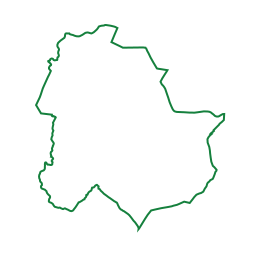 Kota Payakumbuh, Sumatera Barat, Indonesia, rotated 280°
{"feature_id": "22746128B75816793285642", "entity_name": "Kota Payakumbuh", "entity_type": "district", "adm_level": 2, "iso_a3": "IDN", "parent_name": "Indonesia", "parent_adm1": "Sumatera Barat", "projection": "robinson", "projection_center": [100.624, -0.229], "detail": "fine", "context": "isolated", "style": "outline", "palette": "green", "viewbox_px": 256, "rotation_deg": 280, "n_neighbors": 0, "source": "geoboundaries", "source_scale": "gbopen_adm2", "svg_char_len": 5508}
<svg xmlns="http://www.w3.org/2000/svg" viewBox="0 0 256 256"><g transform="rotate(280 128 128)"><path d="M170.8,42.1L166.9,41.1L164.4,40.3L155.0,37.9L152.1,37.2L145.7,36.3L142.9,35.8L134.6,33.5L127.3,39.8L127.4,41.9L127.8,48.7L127.9,50.7L127.1,50.7L126.8,50.9L126.5,51.3L126.4,51.9L126.7,52.1L126.8,52.4L126.8,52.8L126.5,53.3L126.3,53.6L126.4,54.1L126.3,54.6L125.8,55.0L120.1,53.2L118.8,53.8L117.9,53.8L116.3,53.7L115.2,53.7L114.6,53.7L113.5,54.1L113.2,54.3L112.6,54.9L112.2,54.9L109.7,54.4L108.5,54.7L107.7,55.0L105.6,54.5L103.6,54.4L102.4,55.4L100.6,57.2L99.8,57.6L98.6,57.5L98.3,57.4L98.0,57.3L97.6,57.1L97.3,57.1L96.6,57.2L96.0,56.9L95.4,56.8L94.4,56.7L94.1,56.8L92.8,57.4L92.7,57.4L91.6,56.9L91.4,56.6L91.1,56.5L90.9,56.3L90.2,56.2L89.7,56.2L88.8,56.5L88.6,56.7L87.9,56.8L87.4,57.2L87.2,57.2L87.3,57.3L87.0,57.5L86.4,57.8L86.1,58.1L85.4,59.2L85.0,59.5L84.6,59.6L84.3,59.4L84.0,59.3L83.4,59.0L83.1,58.7L82.8,58.6L82.4,58.6L81.8,58.8L81.5,59.4L81.3,59.6L80.7,59.7L80.3,59.6L79.7,59.6L79.1,59.7L78.7,59.5L78.4,59.1L78.2,58.7L78.1,57.9L78.2,57.2L78.1,56.7L78.1,56.4L78.2,56.0L78.0,55.2L78.3,54.7L78.6,54.4L79.0,54.0L79.4,53.8L79.7,53.5L79.8,53.1L79.8,52.8L79.7,52.6L79.4,52.4L78.2,52.4L77.5,52.5L77.0,52.7L75.9,52.8L74.9,52.9L74.4,53.1L73.8,53.1L73.1,53.1L72.6,52.9L72.2,52.7L71.7,52.4L71.4,52.0L70.9,51.1L70.5,50.5L70.1,49.9L69.3,49.3L67.6,49.2L66.9,48.9L66.4,48.8L65.6,48.8L64.9,48.8L63.2,49.3L61.9,50.2L61.3,50.4L60.7,50.5L59.9,51.0L59.6,51.4L59.4,51.9L59.1,52.2L58.6,52.7L58.0,52.9L57.2,53.1L56.6,53.1L56.3,52.8L55.8,52.5L55.4,52.5L54.8,52.5L54.3,52.8L53.8,53.1L53.4,53.7L53.0,55.9L52.8,56.9L52.4,57.4L52.1,57.9L51.6,58.7L51.1,58.9L50.3,59.3L49.6,59.9L48.9,60.7L48.4,61.4L47.9,62.2L47.7,62.6L47.4,62.9L46.8,63.2L46.2,63.3L45.6,63.2L44.3,62.7L42.4,62.7L42.0,62.8L41.5,63.2L41.2,64.2L41.0,65.4L40.6,66.3L40.3,66.9L39.8,67.5L39.3,67.8L38.8,68.3L38.1,69.0L37.7,69.6L37.3,73.2L37.8,74.7L37.4,75.6L37.2,76.5L36.9,77.5L36.9,78.2L37.8,79.5L37.9,80.0L37.4,81.6L37.2,82.7L36.4,85.1L36.3,85.7L36.3,86.4L36.3,86.7L36.7,87.5L36.9,87.8L37.4,88.3L37.7,88.5L38.1,88.6L40.7,90.0L43.2,91.1L45.9,92.2L46.2,92.3L46.3,92.7L46.7,93.3L48.3,95.2L48.8,95.7L49.2,96.0L50.0,96.9L50.2,97.5L51.3,97.6L51.7,97.9L51.8,98.0L52.1,98.2L52.7,98.6L53.1,98.7L53.6,98.8L54.3,98.6L54.5,98.5L54.9,98.6L55.0,98.7L55.0,98.9L55.1,99.1L55.1,99.3L55.1,99.5L55.3,99.7L57.1,100.1L57.9,100.5L58.7,101.1L59.6,102.3L59.9,102.5L60.5,102.8L62.0,102.9L62.6,102.9L63.0,103.0L63.5,104.5L64.5,105.3L64.8,105.4L65.1,105.5L65.7,105.9L66.5,106.9L66.6,107.3L65.7,108.6L65.4,109.2L65.0,109.2L64.9,109.2L63.9,109.2L63.1,109.5L63.0,110.3L62.8,110.8L62.7,111.0L62.4,111.3L61.8,111.7L61.6,111.9L60.3,114.0L59.8,114.7L59.6,114.9L59.1,115.6L57.6,118.7L56.9,120.0L56.3,121.2L56.0,122.0L54.2,125.8L53.5,127.2L53.1,128.5L52.8,129.0L52.7,129.7L52.1,130.4L50.2,131.6L47.6,133.6L46.5,135.1L46.3,136.1L46.1,136.4L45.6,137.4L45.4,138.4L43.3,142.9L42.3,144.5L40.0,147.1L37.7,149.5L36.3,151.4L33.0,154.7L31.8,155.5L30.8,156.0L30.3,156.0L31.0,156.4L41.6,160.6L46.0,162.5L50.8,165.1L52.4,168.8L54.8,174.6L57.2,181.3L58.5,184.7L59.4,186.3L60.8,189.5L62.0,191.4L65.2,196.1L64.9,201.8L69.0,204.0L71.4,205.2L74.2,207.0L75.9,209.6L76.7,211.3L78.4,213.2L81.7,214.2L84.1,215.4L86.9,215.7L88.0,216.1L89.5,217.4L90.9,218.1L91.7,219.2L92.6,220.3L94.0,220.7L97.5,221.4L99.9,221.7L101.3,222.5L102.2,222.5L104.3,220.0L105.5,218.1L109.3,215.9L113.1,214.6L117.2,213.3L120.2,212.5L123.5,211.3L127.4,209.0L130.8,208.2L132.8,208.8L134.9,210.0L136.5,211.3L136.6,210.3L137.7,211.0L139.0,212.3L140.0,213.1L140.6,212.6L147.2,217.2L148.0,217.4L150.4,219.5L152.5,221.0L158.5,220.3L158.2,219.0L157.4,217.9L156.3,216.6L155.6,215.9L155.0,214.9L154.7,213.4L154.8,212.4L154.9,212.0L155.1,211.3L155.6,210.7L156.5,209.2L157.0,208.1L157.5,207.4L157.8,206.6L158.1,205.4L158.1,204.2L158.0,202.9L157.5,199.7L155.6,193.9L154.7,191.0L153.9,186.3L153.6,183.6L153.3,180.8L152.3,173.3L152.4,171.6L152.7,170.6L153.4,169.6L154.6,168.5L156.9,166.9L160.5,164.6L163.0,163.3L164.8,162.4L167.1,161.1L173.1,157.8L173.8,157.2L174.8,156.3L175.9,155.1L176.4,154.3L177.0,153.6L179.2,152.0L182.7,153.1L186.9,154.8L190.2,156.2L191.8,156.8L191.7,151.3L191.6,147.2L191.7,146.1L196.8,141.7L201.3,138.0L205.1,135.3L207.2,133.6L209.3,132.2L210.1,131.9L210.1,132.0L210.0,131.7L210.0,131.3L210.0,129.5L209.9,128.6L206.2,109.0L207.2,105.7L209.7,96.8L217.8,98.6L224.6,100.2L224.9,99.2L225.3,98.0L225.5,96.7L225.7,93.4L225.7,91.8L225.6,88.4L225.4,87.5L225.2,87.1L225.0,86.9L224.8,86.6L224.1,84.1L223.3,82.4L222.8,81.6L222.3,81.5L220.9,80.9L219.6,80.2L217.9,78.9L216.4,77.7L215.4,76.5L214.8,75.6L214.8,74.8L215.0,73.2L215.1,71.8L214.9,71.0L214.3,69.5L211.8,66.9L210.1,64.6L209.7,63.7L209.5,62.3L209.4,61.3L209.5,60.4L209.6,59.3L210.0,57.8L210.1,56.0L210.2,55.1L210.3,54.5L210.5,54.1L210.9,53.8L210.4,50.6L210.0,50.1L209.3,49.9L208.1,49.9L207.3,50.0L205.8,49.7L202.5,46.5L201.1,45.4L199.7,44.4L197.8,44.0L197.0,44.1L196.2,44.3L195.2,45.0L194.6,45.7L193.9,46.2L193.3,46.4L192.6,46.4L191.9,46.2L191.4,46.1L190.2,46.1L189.3,46.3L188.6,46.8L187.9,47.1L187.4,47.3L186.9,47.3L186.3,47.2L185.8,46.9L185.4,46.4L185.0,46.3L184.4,46.3L183.0,46.5L182.7,46.4L182.5,45.7L181.9,44.1L181.9,43.7L182.1,42.9L182.9,42.2L183.1,41.8L183.2,41.2L183.1,40.6L182.6,39.9L182.0,39.4L181.3,39.4L180.9,39.3L180.7,38.9L181.1,38.2L180.7,38.9L180.5,38.7L180.3,38.0L180.1,37.8L179.9,37.8L179.5,38.0L178.6,39.6L178.0,40.5L177.6,40.9L177.3,41.2L176.9,41.1L176.4,41.2L175.8,40.5L174.9,40.0L173.8,39.7L172.7,39.9L170.8,42.1Z" fill="none" stroke="#15803d" stroke-width="2"/></g></svg>